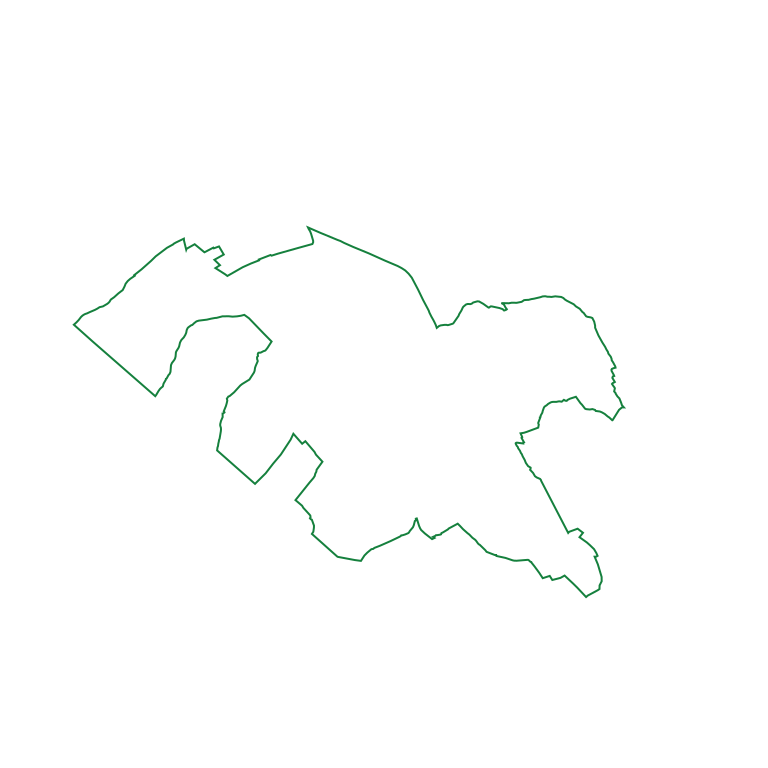 Tepeyanco, Tlaxcala, Mexico (Equal Earth projection), rotated 123°
{"feature_id": "50627088B29939751785966", "entity_name": "Tepeyanco", "entity_type": "district", "adm_level": 2, "iso_a3": "MEX", "parent_name": "Mexico", "parent_adm1": "Tlaxcala", "projection": "equal_earth", "projection_center": [-98.229, 19.247], "detail": "fine", "context": "isolated", "style": "outline", "palette": "green", "viewbox_px": 768, "rotation_deg": 123, "n_neighbors": 0, "source": "geoboundaries", "source_scale": "gbopen_adm2", "svg_char_len": 6159}
<svg xmlns="http://www.w3.org/2000/svg" viewBox="0 0 768 768"><g transform="rotate(123 384 384)"><path d="M507.0,651.8L518.8,569.2L517.1,569.1L512.7,569.3L510.2,569.2L508.1,568.7L507.1,568.3L506.4,568.2L503.7,569.1L499.4,569.3L498.5,569.7L497.8,569.3L494.0,569.6L492.2,569.3L490.1,569.7L484.2,572.9L482.0,573.3L478.2,573.0L476.5,573.1L474.4,573.8L470.7,575.8L469.1,576.0L465.8,576.0L464.0,576.3L460.5,577.6L459.1,577.8L457.3,577.9L453.9,577.3L450.9,577.4L448.7,577.8L446.3,578.8L444.5,579.1L443.6,579.1L442.6,578.8L439.8,577.7L438.8,576.9L436.5,576.4L433.6,575.4L431.7,573.8L426.5,567.6L423.3,564.5L420.4,561.4L419.8,560.5L415.3,556.4L411.8,551.2L410.0,547.7L407.3,544.1L404.7,541.2L402.1,538.8L402.4,533.0L407.1,512.8L409.6,501.4L417.4,501.4L420.3,501.7L421.0,502.0L422.0,502.9L424.5,504.3L425.3,505.0L425.7,505.8L426.1,506.2L426.7,506.4L427.8,506.1L429.2,504.9L430.2,505.1L430.9,504.9L432.3,503.9L433.1,502.8L433.7,502.3L438.5,501.5L440.6,501.0L443.4,499.7L445.2,499.3L453.6,499.3L461.2,502.9L463.5,503.7L472.6,505.2L478.2,506.9L479.3,507.7L481.9,507.8L483.2,506.4L485.9,505.4L488.5,504.6L494.2,503.5L494.3,502.9L494.7,502.3L496.4,502.9L496.7,503.3L499.6,501.3L503.7,500.6L506.9,499.5L508.1,498.7L509.6,496.9L511.0,495.9L512.5,495.1L519.4,492.1L521.0,491.8L522.2,491.2L524.2,490.5L526.5,489.4L527.9,489.1L530.6,487.8L538.0,437.8L523.3,434.6L511.1,433.6L499.3,432.1L481.5,432.0L475.1,432.9L478.7,420.1L474.8,418.8L478.8,405.3L480.3,402.6L482.7,393.3L492.6,393.8L494.4,393.0L496.6,392.8L498.9,392.0L501.4,392.0L507.4,392.8L529.6,395.0L530.7,386.4L531.8,384.2L534.3,374.6L534.6,374.0L536.0,372.9L536.9,373.0L537.3,371.8L537.1,370.6L540.9,365.6L542.7,364.5L546.4,362.8L549.0,362.8L554.2,329.1L554.1,328.5L547.5,312.5L544.9,307.0L538.5,307.0L534.6,306.2L529.4,304.6L528.1,303.2L526.7,302.8L522.0,299.4L512.1,292.9L503.4,287.6L502.2,287.1L501.6,287.1L500.7,286.0L498.5,284.2L495.8,282.4L494.9,282.2L493.3,282.3L488.4,281.7L486.2,282.1L482.1,283.5L481.2,283.1L480.7,283.1L480.2,283.3L479.8,283.9L479.4,283.8L478.9,283.3L483.9,277.3L485.3,275.2L486.2,273.4L487.1,268.3L487.9,259.2L485.6,257.8L485.5,259.6L483.7,258.4L482.4,258.0L482.1,257.4L479.8,254.9L479.0,254.3L477.7,254.6L476.5,253.8L470.9,251.1L470.1,251.1L461.0,246.1L461.7,242.7L462.7,238.7L463.6,232.8L463.8,230.4L464.8,226.1L465.0,222.6L465.4,221.2L466.6,218.2L466.8,216.8L466.7,216.1L468.2,208.5L468.9,206.6L467.1,198.0L466.3,196.8L467.0,196.1L463.7,187.4L461.8,180.0L461.2,178.5L459.9,176.4L453.5,168.1L453.0,167.3L452.9,166.7L453.3,164.9L453.3,164.0L453.1,163.5L453.5,162.9L454.9,158.7L457.8,151.0L460.4,145.1L454.7,140.5L456.7,136.1L450.5,130.4L446.3,128.2L448.4,116.5L449.6,110.7L452.6,98.5L450.5,97.9L440.5,92.4L438.6,91.6L435.5,93.5L430.9,94.0L427.3,96.4L418.8,106.4L414.1,113.3L413.2,112.0L411.8,111.3L410.1,113.9L408.1,117.9L407.0,123.6L406.4,127.6L406.0,136.6L400.4,136.1L399.9,142.8L407.1,148.2L408.6,148.4L379.6,199.5L379.1,200.0L378.6,201.4L379.2,205.0L379.1,207.2L377.4,210.5L376.4,214.7L375.3,214.9L374.3,215.5L374.4,218.4L372.9,222.1L371.1,224.6L369.2,228.2L367.8,230.2L367.3,231.6L365.9,233.7L364.8,236.5L364.0,237.4L363.5,239.1L362.3,241.1L361.8,241.3L361.3,241.1L360.8,240.6L358.0,234.7L356.8,235.5L356.5,235.1L354.3,239.3L353.3,239.1L351.0,242.6L348.6,240.0L346.4,238.2L336.6,230.9L333.7,232.1L333.2,233.0L332.5,233.5L327.5,234.6L327.1,235.1L326.4,234.8L325.1,235.4L321.8,235.6L320.2,236.2L316.8,237.0L315.5,237.0L313.2,236.0L311.3,235.5L308.9,234.3L308.0,233.7L306.9,232.5L305.0,229.6L303.6,228.2L302.8,227.1L302.3,225.8L302.0,225.3L299.3,224.5L299.2,223.8L299.3,222.9L298.6,221.6L297.4,221.4L295.0,220.0L290.2,216.1L293.1,208.7L293.5,206.8L295.0,202.5L295.2,201.7L294.9,200.6L293.3,197.5L291.5,195.5L290.8,192.8L291.3,191.8L289.5,188.0L289.1,185.9L288.9,182.6L289.4,178.7L289.4,176.9L290.1,172.8L289.8,172.6L277.6,172.8L274.2,171.7L273.8,171.4L273.0,170.1L272.2,172.9L270.5,175.0L267.9,178.7L267.3,181.4L266.0,184.3L265.5,184.8L264.9,186.9L261.8,188.1L261.3,189.0L260.9,190.2L259.8,192.8L258.8,192.7L256.6,191.5L254.5,195.8L253.1,196.2L251.9,195.3L251.2,196.3L249.1,200.2L248.2,201.0L247.3,201.1L245.7,200.1L244.2,198.7L243.3,199.6L241.0,203.8L240.1,205.9L238.9,206.9L237.6,208.7L236.3,212.4L235.1,213.7L233.9,216.3L232.4,218.8L230.3,223.4L226.5,230.6L221.8,237.6L220.1,238.7L217.2,241.7L215.2,245.2L215.5,246.8L216.9,250.1L217.1,251.4L215.6,255.4L215.6,256.7L214.3,260.8L214.4,265.3L213.8,268.3L214.6,276.2L214.6,278.3L214.2,280.4L214.5,282.8L217.2,288.1L219.8,291.0L220.9,293.1L221.8,294.5L222.6,296.6L224.2,298.7L226.0,300.1L230.7,304.6L232.6,306.7L234.7,308.6L236.1,310.6L237.4,312.2L240.1,313.3L243.6,316.9L246.3,321.2L248.3,323.3L252.2,329.6L252.0,327.1L252.5,325.8L253.7,323.7L254.4,321.7L255.1,321.9L256.8,323.1L257.0,323.4L256.6,325.2L257.4,328.5L260.2,335.8L260.8,336.8L262.8,337.6L263.0,338.0L262.7,344.4L263.0,349.2L263.8,350.7L267.1,353.6L268.7,354.1L269.4,354.6L269.9,355.0L271.3,357.4L272.6,358.5L275.8,359.5L276.8,359.6L280.2,359.1L284.3,359.0L286.3,358.6L295.3,358.9L296.0,359.2L299.5,362.1L300.1,362.9L300.4,363.9L301.4,365.4L304.0,368.4L305.4,369.4L308.2,370.3L306.2,372.9L304.6,375.5L303.4,377.6L301.7,380.9L299.4,384.8L298.2,386.3L297.0,388.4L292.3,396.9L286.3,406.8L279.7,418.6L278.1,423.4L277.2,428.1L277.2,432.4L277.6,436.8L280.0,450.4L282.7,467.8L285.8,484.3L287.4,494.3L287.8,498.4L288.5,501.5L291.3,516.6L291.8,519.2L294.1,533.0L295.1,531.4L296.2,529.1L297.7,527.0L302.4,521.5L303.7,520.6L305.6,520.3L317.0,530.4L332.4,543.9L337.6,548.2L337.6,549.4L347.8,556.8L348.3,556.1L355.4,561.2L363.0,566.1L378.7,574.2L378.5,576.8L378.6,588.5L373.7,586.3L372.2,593.9L362.7,588.9L358.5,597.3L362.9,600.6L362.6,601.4L371.3,606.3L371.3,606.6L369.9,618.9L378.1,623.2L379.1,623.0L372.7,629.8L371.1,631.0L378.7,635.6L381.0,636.8L381.6,636.8L388.0,640.2L401.3,645.0L407.6,646.4L419.9,649.8L428.8,652.8L429.0,652.0L434.0,654.1L437.2,655.0L440.6,655.3L443.6,654.7L447.5,654.3L452.6,656.1L458.2,657.6L462.0,659.1L464.6,659.0L466.2,659.3L467.6,659.8L472.0,662.0L474.5,664.4L476.8,665.4L479.3,666.8L483.9,669.9L486.5,671.5L488.0,672.7L489.2,673.4L490.8,674.1L492.8,674.6L496.6,674.9L499.9,675.5L503.2,676.4L507.0,651.8Z" fill="none" stroke="#15803d" stroke-width="2"/></g></svg>